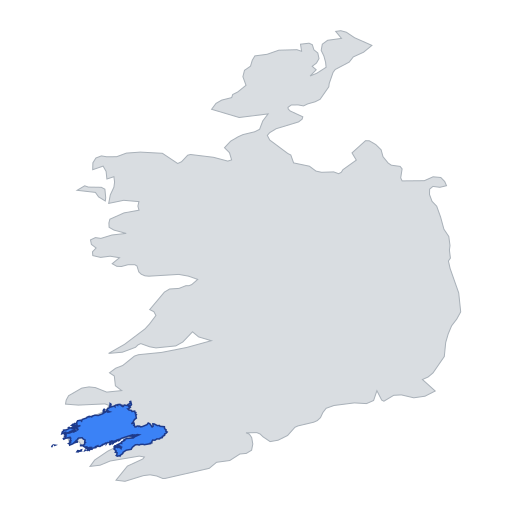 Kenmare Lea-6, Kerry, Ireland (highlighted)
{"feature_id": "5873133B7020974913459", "entity_name": "Kenmare Lea-6", "entity_type": "district", "adm_level": 2, "iso_a3": "IRL", "parent_name": "Ireland", "parent_adm1": "Kerry", "projection": "natural_earth1", "projection_center": [-9.998, 51.923], "detail": "fine", "context": "in_parent", "style": "filled", "palette": "blue", "viewbox_px": 512, "rotation_deg": 0, "n_neighbors": 0, "source": "geoboundaries", "source_scale": "gbopen_adm2", "svg_char_len": 9474}
<svg xmlns="http://www.w3.org/2000/svg" viewBox="0 0 512 512"><path d="M349.2,62.1L335.2,69.5L333.1,72.3L329.2,83.5L328.8,86.8L320.1,99.3L315.1,101.8L307.7,103.9L303.5,105.9L298.1,104.9L291.3,105.0L288.0,107.3L288.2,109.0L290.2,111.0L302.8,116.8L302.1,119.2L298.6,121.9L276.2,128.7L269.6,132.7L267.3,135.4L269.7,140.0L287.8,153.5L290.8,155.0L293.6,162.9L309.4,166.2L316.0,171.1L321.6,172.3L333.7,171.9L338.6,173.7L341.3,172.3L342.9,169.7L356.3,160.1L352.0,152.9L365.5,140.7L369.3,140.8L375.8,144.6L381.1,149.8L383.0,156.7L388.1,163.0L391.3,165.2L400.1,166.4L402.1,168.9L400.7,177.9L402.1,180.9L424.3,180.7L433.1,176.8L440.8,177.5L444.7,181.5L446.5,185.7L439.9,187.3L432.9,186.4L429.6,189.2L429.5,194.5L432.0,201.3L436.7,206.2L440.6,217.1L443.9,229.2L448.8,236.5L450.0,245.6L449.4,250.1L450.4,258.1L448.4,261.0L450.1,268.5L458.7,292.9L460.7,311.9L456.8,319.0L451.6,325.8L448.2,333.9L445.7,342.5L444.3,356.5L433.0,372.9L428.1,377.0L422.4,379.5L435.2,391.0L425.0,396.2L413.8,397.8L401.4,394.9L393.7,395.3L383.9,401.2L381.7,400.1L376.9,390.7L373.6,400.5L366.5,403.6L354.3,402.9L333.9,405.5L326.1,408.3L322.8,412.6L320.5,417.6L317.3,420.6L313.7,422.2L298.0,425.9L294.9,427.3L287.6,435.5L278.1,440.2L270.1,441.6L263.0,436.8L260.1,434.0L256.8,432.6L246.0,432.8L249.4,434.2L251.7,437.6L252.8,444.0L251.6,450.2L246.3,453.4L239.9,454.0L229.8,460.5L216.5,462.3L209.3,468.3L165.3,478.4L162.8,478.5L156.7,476.0L150.1,474.8L143.5,475.6L125.0,481.3L116.0,480.2L127.4,466.1L142.8,459.0L144.4,457.0L139.3,456.1L110.2,461.0L100.1,465.2L90.0,466.4L94.7,460.0L107.7,451.2L119.0,445.5L123.8,440.3L137.6,434.5L93.3,446.5L81.7,445.1L79.0,441.7L69.9,443.3L66.5,435.1L79.9,422.8L87.7,417.5L97.0,414.6L105.9,410.5L109.2,405.5L105.0,403.9L78.3,405.1L65.5,404.1L66.2,400.1L68.6,395.7L81.8,388.1L89.0,386.9L95.4,387.6L106.7,392.1L121.7,390.6L115.4,385.8L114.3,376.0L109.5,372.8L115.7,368.2L122.7,365.5L134.4,356.1L138.5,354.7L161.7,352.4L186.6,347.5L211.3,340.7L198.6,336.9L192.5,331.8L182.8,342.0L175.8,345.9L156.0,347.9L149.7,346.8L140.8,343.6L138.1,344.8L135.5,347.3L122.4,352.2L108.6,353.4L124.6,344.3L145.0,328.9L149.5,324.0L155.9,315.5L153.9,311.7L149.7,309.6L164.4,292.1L169.6,289.0L179.0,288.4L185.9,285.7L188.9,285.7L191.7,284.6L197.7,279.4L188.3,276.1L178.7,274.4L148.8,276.2L144.9,275.8L141.2,274.2L138.8,271.9L137.0,266.0L134.8,264.7L128.0,264.7L121.4,266.5L116.8,266.3L112.2,263.7L119.5,257.7L110.1,256.2L100.6,257.4L92.8,255.6L92.5,251.8L96.1,248.0L91.4,244.4L90.5,239.9L95.4,237.6L100.9,238.4L112.0,235.0L126.2,233.4L114.0,230.1L109.1,227.3L108.9,222.9L109.9,219.2L124.0,212.9L139.0,210.2L137.9,206.1L138.9,201.6L123.7,200.3L108.7,203.4L110.3,194.9L113.9,187.2L114.6,182.1L113.9,176.7L106.9,179.0L106.1,171.4L103.1,166.1L92.7,169.7L92.9,162.8L95.9,158.0L101.4,155.9L106.8,156.8L116.7,156.7L126.4,153.1L140.3,152.1L162.4,153.3L177.7,163.5L181.6,161.7L187.7,155.2L190.5,154.5L213.5,157.3L227.8,161.1L231.6,159.9L229.5,152.7L224.5,147.7L230.6,141.2L238.1,136.8L243.0,134.6L254.6,131.8L259.6,129.3L262.8,120.9L268.1,113.9L239.2,117.5L211.6,109.3L216.0,103.4L221.7,100.1L231.7,97.6L232.7,94.5L237.7,92.0L246.0,85.3L242.9,76.7L244.5,70.3L250.5,66.2L252.3,60.2L254.9,55.9L267.1,54.3L278.8,50.2L296.9,49.7L301.6,51.3L300.5,44.2L309.0,43.2L312.3,44.7L313.9,49.8L317.8,53.0L319.0,58.6L316.5,63.0L312.2,66.3L316.2,69.8L310.1,76.0L316.7,73.3L326.1,67.3L325.6,62.3L323.9,56.0L321.2,50.4L322.3,44.2L327.6,40.3L341.5,38.4L335.7,31.4L340.8,30.7L346.3,32.2L354.5,37.7L371.9,45.4L363.6,52.2L353.3,56.9L349.2,62.1ZM105.7,197.7L105.3,201.0L98.6,196.9L95.4,192.4L77.1,190.3L84.7,185.8L88.4,187.1L101.3,187.3L104.9,189.2L105.7,197.7Z" fill="#d9dde1" stroke="#a8b0b8" stroke-width="1"/><path d="M131.5,404.7L130.7,401.4L129.9,401.7L130.3,403.3L127.9,404.5L128.1,405.7L124.2,405.0L123.3,406.5L122.7,406.6L121.8,406.0L122.2,405.8L122.1,405.3L120.4,404.9L119.9,404.3L119.1,404.7L118.1,404.4L117.4,404.9L117.5,405.4L116.2,404.9L114.8,405.7L114.9,406.7L114.1,406.1L110.6,407.1L111.0,404.3L110.4,404.1L110.7,404.2L110.3,404.6L110.2,403.6L110.7,403.9L110.2,403.6L109.8,406.7L109.0,408.0L107.7,408.7L106.9,409.9L107.4,410.3L107.4,411.1L107.9,410.7L108.3,411.0L107.8,411.4L108.6,412.0L109.5,411.7L109.8,411.8L108.7,412.1L107.9,411.8L108.0,412.0L107.8,412.2L107.1,411.8L107.0,410.6L105.7,411.4L105.3,412.2L103.2,413.3L103.8,411.6L104.4,411.6L103.8,410.0L104.6,409.5L104.3,409.3L104.8,409.4L104.4,409.2L103.9,409.3L103.2,410.5L103.4,411.7L102.9,413.7L98.2,415.5L94.9,415.2L92.6,416.0L91.8,416.9L91.2,416.4L89.1,416.9L89.0,416.4L86.9,417.3L86.7,417.9L82.1,419.5L81.6,421.2L80.5,420.2L77.6,420.8L76.7,422.4L76.9,423.9L74.8,423.4L74.3,424.0L72.9,424.2L71.7,425.3L75.5,425.4L75.2,426.0L75.9,426.3L75.9,426.9L77.0,426.5L77.1,425.5L77.8,426.1L80.4,425.5L75.6,428.0L77.6,428.7L78.0,429.4L77.5,430.0L75.6,430.0L75.0,430.9L75.3,431.2L74.1,431.3L73.8,432.1L72.8,431.7L69.0,433.2L65.1,433.1L64.6,434.2L65.3,434.0L65.1,434.7L65.7,434.6L65.4,435.1L65.8,435.2L65.3,435.8L65.9,435.6L66.1,436.1L64.7,438.0L65.4,438.4L68.5,437.6L68.2,437.9L70.5,437.8L70.7,438.6L70.3,439.0L70.5,439.6L70.1,440.3L70.8,440.6L70.0,441.6L70.4,441.8L70.1,442.2L70.6,442.0L70.6,442.6L68.6,443.5L69.7,444.2L69.7,445.1L72.9,443.8L74.7,442.1L74.7,442.8L76.1,442.3L76.0,441.7L76.4,441.2L76.5,440.8L76.3,440.8L76.4,441.1L76.1,441.2L76.2,440.4L77.8,439.5L77.8,438.7L78.5,438.1L82.1,437.7L83.2,439.0L85.1,440.0L84.7,442.1L85.4,442.5L84.6,443.2L84.5,444.6L82.6,445.3L80.6,445.1L80.6,445.7L82.8,445.7L84.7,447.1L85.9,446.9L85.8,447.6L87.2,447.1L88.0,447.7L87.7,447.9L89.3,447.8L89.9,448.3L89.9,447.4L90.8,447.4L88.6,449.8L88.2,449.9L89.2,450.5L89.8,449.5L91.8,449.1L91.5,448.7L91.8,448.3L95.9,447.6L96.1,447.0L95.7,446.9L95.7,447.0L95.2,447.1L94.8,447.2L96.3,446.2L96.9,446.6L97.8,445.8L97.9,446.3L100.0,446.5L103.1,444.2L103.7,444.5L105.5,443.1L106.8,443.1L107.5,442.5L109.4,442.7L110.0,442.2L110.0,441.4L111.0,441.5L112.1,440.6L111.6,441.2L112.2,441.1L112.0,441.6L114.0,441.2L113.8,441.9L112.8,442.4L112.8,443.6L113.4,443.2L113.6,442.1L114.7,442.2L116.5,441.4L116.8,440.4L115.7,440.8L115.7,441.4L115.0,441.7L115.7,441.1L115.3,441.3L115.4,440.9L116.5,440.2L118.7,439.4L118.3,439.7L119.0,439.4L120.0,439.3L121.5,438.3L125.5,437.0L132.6,434.8L132.7,435.2L134.6,434.9L134.7,435.4L137.3,434.5L139.1,434.8L133.5,437.3L133.8,437.6L133.3,438.0L126.8,438.5L125.3,439.1L124.4,439.8L124.7,440.4L121.2,442.1L121.5,442.1L121.6,442.4L121.0,442.8L121.4,443.4L120.3,443.3L117.0,444.9L117.3,445.5L118.6,445.4L118.7,446.0L120.0,445.8L119.5,446.1L121.0,446.4L120.3,446.6L121.5,447.2L120.7,448.0L120.9,448.1L121.1,448.3L121.0,448.6L120.5,448.0L120.9,447.3L118.8,447.7L119.9,447.0L117.4,447.6L117.1,447.3L118.3,446.7L115.0,447.2L116.1,446.5L115.3,446.2L115.5,445.7L114.8,445.8L114.3,446.5L114.7,446.7L114.1,447.0L114.5,448.0L115.1,447.9L114.0,449.0L116.2,451.0L115.3,452.2L117.1,452.8L116.8,454.8L116.2,455.5L117.3,456.2L119.4,455.7L120.0,456.1L120.4,455.2L122.8,453.5L123.0,452.4L126.2,450.2L131.2,449.3L132.3,447.3L135.4,444.8L137.5,444.6L139.2,445.0L140.5,444.4L143.0,444.3L144.4,444.7L150.1,443.7L149.9,443.4L151.8,442.8L151.5,442.3L152.6,440.1L155.0,440.2L156.8,438.9L159.6,438.9L160.3,438.0L162.2,437.7L162.5,437.1L162.3,436.5L164.3,435.5L164.1,435.2L164.8,434.7L164.7,433.9L166.1,433.2L167.2,432.0L165.8,431.1L166.1,429.8L164.6,428.7L164.4,426.7L160.0,426.3L159.4,425.5L157.3,425.6L154.4,424.0L152.9,423.8L153.1,426.3L152.1,427.0L149.9,423.8L148.2,423.0L147.1,424.6L142.3,426.6L140.6,426.9L139.8,426.2L139.0,426.5L138.9,426.1L137.2,426.0L136.0,426.9L134.9,426.9L134.6,425.7L133.8,425.4L134.3,424.7L134.0,423.1L131.4,423.8L132.9,422.4L134.4,419.6L136.4,418.1L135.8,415.4L136.4,414.7L135.4,413.9L135.8,412.6L135.0,412.5L134.7,411.1L132.0,411.5L131.5,410.5L128.9,410.0L127.8,408.9L128.7,408.8L130.4,407.2L129.6,406.5L128.8,406.7L128.6,405.8L130.8,405.5L131.5,404.7ZM69.1,428.5L66.3,429.9L63.6,430.1L63.7,430.9L62.3,431.9L61.8,433.8L65.4,432.3L65.3,432.7L66.1,433.0L68.8,432.5L69.5,431.8L74.4,429.9L75.0,428.4L72.1,428.7L71.8,427.5L70.8,428.2L69.1,427.3L68.7,427.5L69.2,427.8L69.1,428.5ZM78.3,451.9L79.4,450.8L77.7,450.6L76.9,451.8L78.3,451.9ZM120.4,439.5L118.3,440.0L118.0,440.6L118.7,440.6L118.1,441.2L120.4,439.5ZM73.3,427.8L74.8,427.0L73.0,426.6L72.2,427.2L73.3,427.8ZM64.3,438.2L63.5,438.5L63.8,438.9L63.2,439.5L64.4,438.9L64.3,438.2ZM80.5,451.1L81.4,450.9L81.0,450.4L81.3,449.9L80.9,450.0L80.5,451.1ZM87.5,448.0L87.1,448.6L87.7,448.8L88.1,448.2L87.5,448.0ZM110.0,444.1L109.1,444.8L110.5,444.1L110.0,444.1ZM110.1,442.8L110.6,442.0L109.5,442.7L110.1,442.8ZM52.1,446.1L51.7,446.5L51.3,446.7L52.0,446.6L52.1,446.1ZM77.3,441.8L76.5,442.2L77.3,442.1L77.3,441.8ZM134.1,435.8L133.1,435.8L133.0,436.0L133.3,436.2L134.1,435.8ZM132.7,437.4L132.3,437.5L132.0,437.7L132.5,437.8L132.7,437.4ZM102.0,445.5L102.6,444.9L101.8,445.5L102.0,445.5ZM86.7,450.7L87.4,450.4L87.6,450.1L86.7,450.7ZM134.1,435.7L134.8,435.7L134.1,435.7ZM123.8,440.0L123.2,440.3L124.3,440.1L123.8,440.0ZM131.7,436.1L131.7,435.7L131.2,436.1L131.7,436.1ZM111.3,441.6L111.4,442.0L111.6,441.6L111.3,441.6ZM110.6,443.7L110.8,444.1L111.0,443.9L110.6,443.7ZM78.5,426.1L78.0,426.2L78.0,426.4L78.5,426.1ZM54.4,445.1L54.6,445.4L55.1,445.2L54.4,445.1ZM111.0,443.2L110.7,443.6L111.1,443.4L111.0,443.2ZM85.4,450.3L85.2,450.1L85.0,450.5L85.4,450.3ZM87.2,447.9L87.2,447.6L87.2,447.9ZM64.6,433.7L64.2,433.8L63.8,434.0L64.3,433.9L64.6,433.7ZM106.3,443.5L106.3,443.8L106.5,443.5L106.3,443.5ZM91.8,449.3L91.8,449.2L91.5,449.3L91.8,449.3ZM109.4,443.4L109.2,443.5L109.9,443.2L109.4,443.4Z" fill="#3b82f6" stroke="#1e3a8a" stroke-width="1.5"/></svg>